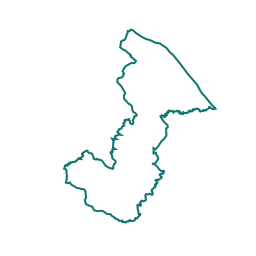 Cape Coast Metropolitan, Central, Ghana (Albers equal-area conic projection), rotated 234°
{"feature_id": "2480657B31989943834082", "entity_name": "Cape Coast Metropolitan", "entity_type": "district", "adm_level": 2, "iso_a3": "GHA", "parent_name": "Ghana", "parent_adm1": "Central", "projection": "albers", "projection_center": [-1.304, 5.176], "detail": "fine", "context": "isolated", "style": "outline", "palette": "teal", "viewbox_px": 256, "rotation_deg": 234, "n_neighbors": 0, "source": "geoboundaries", "source_scale": "gbopen_adm2", "svg_char_len": 5791}
<svg xmlns="http://www.w3.org/2000/svg" viewBox="0 0 256 256"><g transform="rotate(234 128 128)"><path d="M50.4,86.3L51.1,87.3L52.0,86.0L52.5,86.1L52.7,86.5L53.7,86.8L54.8,87.7L56.6,88.0L58.2,89.3L59.5,89.7L60.2,90.4L60.2,90.8L59.7,91.5L57.9,92.2L57.7,92.5L58.5,93.5L60.5,93.7L60.5,94.6L61.2,96.0L61.2,96.5L59.9,97.1L59.5,97.5L59.0,99.6L59.9,100.7L60.9,101.0L62.3,102.0L62.9,102.0L63.9,103.6L62.3,105.6L62.1,107.0L60.4,107.6L59.8,108.3L59.8,109.0L61.8,110.2L62.3,109.9L63.0,110.4L63.6,110.3L64.2,111.5L64.1,113.2L64.7,114.1L64.4,114.7L64.4,115.6L65.3,116.9L65.9,116.3L66.3,116.5L66.6,117.3L66.1,117.9L66.1,118.8L66.7,119.9L67.8,119.4L68.6,119.7L69.5,119.6L69.6,120.3L69.3,120.8L68.0,122.0L68.0,123.6L68.2,124.4L67.9,125.4L68.4,126.3L68.7,126.1L69.2,126.3L70.0,126.2L70.7,126.3L71.1,126.0L71.7,126.3L71.7,127.8L71.2,128.6L70.6,128.8L70.4,129.3L70.9,129.6L70.8,130.5L71.5,131.1L71.5,131.6L72.5,131.7L72.7,130.6L74.0,129.5L76.3,128.9L79.2,129.0L83.0,128.3L83.7,127.8L84.6,126.2L84.4,127.5L83.4,129.1L83.4,129.5L84.1,131.0L84.5,132.8L85.1,133.6L85.3,134.4L87.7,135.2L89.1,135.0L91.6,136.1L92.0,135.5L92.3,133.7L93.5,134.4L94.2,135.2L96.8,136.8L95.0,137.7L94.6,137.7L95.3,141.2L97.3,146.5L97.6,146.8L98.0,151.4L98.8,152.8L99.1,154.5L105.2,158.5L105.2,160.5L106.8,161.6L113.0,160.6L118.4,161.1L118.5,162.5L118.3,163.0L116.7,164.0L116.2,163.5L116.0,164.2L115.4,164.3L115.4,164.8L115.8,165.0L115.3,165.4L115.4,166.0L116.0,165.7L115.8,166.5L117.3,166.3L117.2,166.7L116.6,167.1L116.5,167.7L116.5,167.9L117.0,167.7L117.4,168.1L117.5,168.5L117.0,169.4L117.2,169.8L117.8,169.2L118.0,169.5L117.8,170.7L118.1,171.3L117.4,171.7L116.9,171.5L116.9,172.4L115.0,174.0L114.1,173.9L114.7,174.7L113.9,174.9L113.4,176.2L113.3,177.5L112.5,178.1L112.0,178.0L111.8,179.3L111.0,179.4L110.6,179.0L110.1,179.4L109.8,178.3L109.2,178.4L108.9,179.2L108.2,179.2L107.9,180.0L107.6,180.1L107.4,180.3L108.0,180.4L108.1,180.7L107.8,181.3L108.1,181.8L107.4,181.7L107.4,182.3L106.9,182.5L105.6,184.4L105.8,184.6L105.2,185.4L105.4,186.3L106.0,186.9L105.9,187.9L105.4,187.8L105.1,188.3L104.6,188.3L104.8,189.1L104.2,189.7L104.6,190.8L103.8,190.5L103.8,191.6L104.3,192.3L103.5,193.2L103.7,193.6L103.6,193.8L103.7,194.1L103.3,194.6L103.2,195.2L101.2,196.4L100.5,196.3L100.1,196.0L98.9,196.1L99.0,196.7L98.4,197.4L98.3,198.6L97.4,199.0L97.9,200.0L97.8,200.4L97.3,200.9L96.7,200.9L96.3,201.6L96.7,203.3L96.4,205.1L97.3,205.9L97.1,206.3L96.7,206.2L95.5,206.6L95.0,207.0L93.9,207.3L93.0,208.2L92.1,210.1L93.3,210.2L96.5,209.4L108.7,208.8L110.4,208.4L114.6,208.2L122.3,209.4L136.1,208.2L152.0,207.9L160.7,207.4L164.2,206.4L170.1,206.2L177.6,203.5L180.7,200.4L184.5,198.3L184.7,198.5L189.7,194.7L193.7,192.7L199.4,190.5L204.6,189.2L206.0,188.2L205.5,187.2L205.7,186.0L206.6,184.8L205.3,183.9L204.5,181.9L203.6,181.1L201.6,178.0L201.4,177.4L201.4,176.6L202.2,174.3L201.9,173.0L200.7,172.4L200.0,170.9L198.5,170.0L197.9,169.0L193.7,170.5L192.0,171.5L188.5,172.2L186.5,172.9L185.9,172.6L185.1,173.1L184.7,172.9L184.7,172.3L184.1,172.2L180.5,173.2L177.4,173.8L176.7,171.1L178.6,169.3L179.3,163.2L179.1,161.0L177.1,157.0L174.2,156.8L173.9,155.5L172.9,154.6L172.6,152.5L173.9,149.7L173.4,148.0L171.5,146.4L165.3,147.1L157.8,146.3L156.6,143.7L154.0,142.0L147.2,142.8L145.4,143.8L143.6,143.9L142.3,143.6L140.9,142.4L137.8,141.7L135.8,142.7L134.0,142.9L133.0,142.4L133.4,140.2L133.7,139.7L132.4,138.8L132.1,137.5L131.3,136.4L128.9,135.1L128.5,134.3L128.6,133.7L128.9,133.1L131.0,132.6L131.8,133.3L132.7,133.7L133.9,133.1L134.6,133.9L135.0,133.3L134.5,132.8L135.4,131.9L136.2,130.3L135.6,130.2L135.8,129.6L135.2,129.5L134.9,128.6L134.2,128.2L134.7,127.1L134.5,126.9L132.1,126.3L132.6,124.1L131.4,122.3L131.5,121.8L132.1,121.1L132.3,120.2L132.2,119.6L131.4,118.9L131.5,118.4L131.1,117.1L130.6,117.4L128.9,117.4L126.7,118.2L128.4,116.1L128.5,114.3L128.9,113.8L129.0,112.9L128.2,112.5L128.3,111.8L127.7,111.3L125.8,112.1L126.8,110.5L127.6,109.9L127.6,109.7L127.1,109.5L128.5,108.8L127.5,108.6L127.1,108.8L124.9,108.0L124.5,107.2L121.3,104.6L120.4,104.6L118.4,105.3L119.0,104.3L119.8,104.5L120.4,103.9L119.7,102.4L118.2,102.0L117.3,100.9L117.3,100.7L118.6,100.3L118.7,100.0L118.4,99.4L116.8,99.0L116.2,99.1L115.0,99.0L113.3,97.7L111.8,97.7L108.8,98.5L108.2,98.3L107.8,98.1L106.8,96.4L107.0,95.4L105.2,93.0L103.9,92.3L104.1,91.3L105.6,90.5L106.7,89.4L110.5,87.7L116.2,87.8L118.1,87.2L119.0,86.4L119.4,85.6L121.3,84.8L121.3,83.5L123.2,82.2L123.8,82.8L124.8,82.8L126.8,83.5L128.3,83.8L129.2,83.3L130.5,81.8L132.0,81.5L133.4,81.9L134.3,80.6L134.4,79.8L134.1,79.2L134.4,77.7L134.4,76.3L133.7,75.3L133.0,75.9L132.0,75.5L131.8,75.1L132.1,74.9L131.5,73.7L131.8,72.9L131.3,71.8L130.4,71.8L131.2,70.9L131.7,71.2L132.7,70.4L132.0,69.3L132.1,67.2L131.9,67.2L132.0,66.6L131.6,66.1L131.6,65.3L132.2,64.8L132.3,64.3L133.1,63.2L133.0,62.9L133.1,62.0L134.0,61.6L134.0,60.8L133.3,60.3L133.2,59.8L133.9,60.0L134.2,59.8L134.2,58.5L133.8,58.1L134.1,57.6L134.0,57.3L133.6,57.5L133.2,56.9L133.7,56.8L133.8,56.4L134.1,56.8L134.4,56.7L134.6,55.0L133.6,54.1L133.5,53.5L132.5,52.4L131.7,53.3L129.8,53.4L128.8,52.4L126.7,51.1L124.8,50.5L124.6,49.5L122.7,48.6L122.0,47.4L120.2,46.3L120.2,45.8L118.6,46.8L118.1,48.9L115.5,48.8L111.4,50.7L109.6,51.3L107.5,53.4L106.1,54.3L104.8,56.0L104.1,56.4L101.8,56.4L100.9,56.0L100.4,55.5L96.3,53.2L95.8,51.8L95.0,50.9L93.4,49.9L91.7,49.7L90.8,49.3L85.0,52.9L82.8,52.3L81.7,52.2L81.1,52.4L78.5,54.5L76.8,57.7L75.1,59.0L73.6,59.7L70.7,60.5L69.0,62.7L68.2,63.3L67.4,63.1L65.8,63.4L65.1,63.9L63.1,64.4L62.8,64.8L62.3,64.7L61.2,65.1L59.7,66.3L58.5,66.0L58.0,66.4L57.2,67.6L56.8,67.8L56.5,68.8L55.9,68.2L55.5,68.5L55.3,68.2L54.9,68.3L53.6,70.6L52.9,70.7L52.8,73.0L52.2,73.4L52.1,73.9L52.4,74.5L52.0,74.7L52.2,75.6L51.1,75.8L49.6,77.7L49.4,79.2L50.7,80.6L50.7,81.1L49.5,81.9L50.2,84.0L50.4,86.3Z" fill="none" stroke="#0f766e" stroke-width="2"/></g></svg>